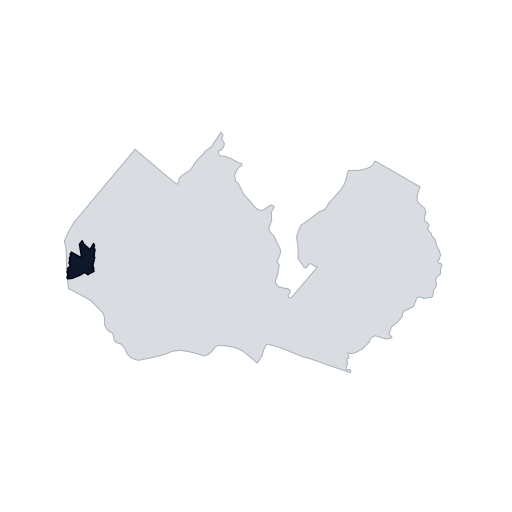 Sioma, Western, Zambia (highlighted), rotated 40°
{"feature_id": "96606910B11966717412590", "entity_name": "Sioma", "entity_type": "district", "adm_level": 2, "iso_a3": "ZMB", "parent_name": "Zambia", "parent_adm1": "Western", "projection": "natural_earth1", "projection_center": [23.042, -16.752], "detail": "fine", "context": "in_parent", "style": "filled", "palette": "ink", "viewbox_px": 512, "rotation_deg": 40, "n_neighbors": 0, "source": "geoboundaries", "source_scale": "gbopen_adm2", "svg_char_len": 7486}
<svg xmlns="http://www.w3.org/2000/svg" viewBox="0 0 512 512"><g transform="rotate(40 256 256)"><path d="M325.8,337.1L307.5,337.2L300.8,338.9L295.4,341.4L288.8,345.5L285.0,348.2L284.0,349.8L283.4,353.2L283.4,358.5L282.7,362.3L280.7,365.8L270.8,370.0L264.3,373.4L257.9,377.5L253.1,382.8L249.8,389.3L244.3,397.3L232.8,411.7L226.2,414.4L220.7,413.8L214.0,410.8L208.7,410.2L204.8,412.1L201.2,411.5L197.9,408.5L195.1,407.4L192.8,408.2L189.9,408.1L184.7,406.4L180.1,401.3L177.7,399.2L175.8,398.3L170.3,397.5L157.8,396.3L144.8,398.9L133.3,401.5L121.7,390.0L110.5,377.9L108.1,374.9L103.9,370.8L100.9,368.9L99.7,367.9L96.6,357.1L95.0,347.2L94.8,252.1L146.1,252.1L149.4,251.7L149.6,250.7L147.2,245.6L147.3,243.8L148.0,240.4L150.2,233.5L150.4,231.2L149.4,223.7L149.4,219.5L150.1,211.1L149.7,208.2L150.9,204.4L151.3,201.9L151.8,200.8L151.2,197.9L150.2,187.9L149.6,183.7L152.7,184.3L153.7,186.4L154.3,188.6L155.7,188.7L159.3,190.1L160.6,192.0L161.4,196.0L160.9,198.0L159.7,199.7L160.9,201.2L163.4,202.2L164.8,201.9L168.9,199.1L172.7,198.1L174.7,197.4L183.2,195.6L184.9,194.6L186.1,194.6L186.9,195.4L186.1,198.2L185.9,200.8L186.9,205.6L187.7,207.8L189.5,209.4L190.7,210.3L192.2,212.0L195.1,211.7L201.6,214.1L203.6,215.3L206.3,216.4L208.3,216.8L215.0,217.7L222.0,219.0L225.7,219.2L228.3,218.8L230.1,218.1L231.3,217.3L231.8,216.7L234.5,207.6L235.8,206.9L237.6,206.4L238.6,207.2L239.7,213.0L244.8,218.1L246.6,222.5L247.8,226.2L248.9,227.2L250.9,228.5L254.0,229.0L256.7,229.1L270.5,235.4L272.0,236.6L273.7,240.0L274.7,243.8L275.7,246.8L277.5,247.4L279.1,247.6L280.7,249.7L281.8,251.5L285.9,259.0L286.4,262.0L288.4,264.0L291.1,264.8L293.5,264.9L295.0,264.0L298.5,262.5L301.3,260.7L303.3,260.1L304.5,260.5L305.4,261.7L305.9,265.4L307.9,266.7L309.3,266.2L309.9,264.7L309.9,264.0L310.1,224.9L308.9,225.2L307.3,226.3L303.7,226.4L302.2,227.3L301.8,228.5L302.0,230.1L302.1,232.3L301.6,233.4L300.0,233.8L297.7,232.9L293.5,231.8L290.0,231.1L287.5,228.2L284.1,223.8L281.9,221.6L276.6,217.0L275.7,216.0L274.0,213.9L272.7,210.2L271.3,206.0L270.6,203.3L272.0,199.2L275.2,185.6L275.9,181.4L278.5,177.1L278.7,173.3L277.7,168.4L278.0,165.7L278.4,150.2L277.7,145.3L276.0,139.9L272.1,132.3L272.2,130.7L278.1,125.8L279.9,124.0L283.1,120.0L285.2,116.6L286.5,113.9L287.0,110.3L286.0,107.0L288.1,106.3L337.3,97.6L338.0,99.9L339.5,103.8L341.1,106.6L343.2,109.1L345.0,110.6L346.2,111.0L353.8,110.9L356.5,112.4L358.9,114.3L359.4,117.3L361.0,119.1L362.7,120.6L363.4,120.8L364.6,120.4L366.7,120.4L368.5,121.0L369.4,121.7L369.5,124.1L370.1,125.2L372.6,125.7L375.2,125.9L377.7,127.5L380.5,127.8L383.6,128.5L385.1,130.3L388.4,132.2L392.5,133.9L397.0,136.6L397.1,137.5L397.8,139.1L398.6,140.2L398.7,141.9L399.0,143.5L400.2,143.9L401.2,144.0L402.0,142.9L403.3,142.9L404.6,143.6L405.0,145.5L406.0,147.9L407.7,149.6L408.8,151.2L408.4,154.2L407.7,156.9L409.9,159.5L412.8,162.1L413.6,163.2L413.8,166.9L414.2,168.2L416.2,171.3L417.2,173.4L417.1,174.6L411.7,180.8L408.4,181.8L406.9,183.0L406.0,184.4L408.1,190.5L409.2,192.9L408.2,195.8L406.1,200.8L405.1,201.2L404.9,205.0L405.5,206.3L406.6,207.4L407.0,210.0L406.8,216.3L405.4,223.5L407.8,229.8L408.6,230.5L411.9,230.6L412.5,231.1L411.7,232.9L409.3,235.7L405.0,237.8L398.9,240.2L397.6,242.5L396.7,245.8L397.4,247.7L398.2,248.9L397.9,251.7L397.3,254.8L397.5,257.2L397.2,259.3L396.4,260.4L395.3,263.6L393.9,266.8L392.9,268.3L391.3,269.8L388.9,271.1L388.9,271.7L391.7,273.2L392.4,274.2L392.6,274.9L391.5,276.6L392.7,277.6L394.2,278.4L395.7,280.5L397.3,284.6L397.6,285.0L398.1,285.0L399.0,284.6L400.7,282.9L401.9,282.4L403.4,284.7L377.7,294.7L371.7,296.7L362.7,300.2L359.8,301.5L357.5,302.8L333.6,310.6L329.9,312.1L321.5,316.1L321.2,316.8L321.3,318.6L322.0,322.3L323.4,325.7L324.6,327.7L325.4,332.7L325.8,337.1Z" fill="#d9dde1" stroke="#a8b0b8" stroke-width="1"/><path d="M123.8,351.2L123.8,351.3L123.6,351.8L123.9,352.6L124.0,353.3L124.0,353.6L124.3,354.6L124.4,356.1L124.7,357.4L124.6,357.5L124.3,357.9L124.1,358.0L123.7,357.9L123.0,357.9L122.6,357.9L122.1,357.7L121.7,357.7L121.2,357.9L120.8,357.8L120.4,357.6L120.2,357.7L119.9,357.7L119.2,357.9L118.3,357.6L117.9,357.5L117.4,357.5L116.9,357.6L116.1,357.5L115.7,357.4L115.6,357.2L115.2,357.0L114.8,357.0L114.7,356.8L114.3,356.6L114.0,356.5L113.9,356.6L113.6,356.5L113.1,356.2L113.0,356.4L113.1,356.5L113.2,360.5L123.7,369.5L122.2,369.8L112.4,371.7L112.2,371.7L112.6,374.1L112.9,374.0L113.0,374.1L113.4,374.2L113.6,374.5L113.7,374.8L113.8,374.8L114.0,375.0L113.9,375.2L114.0,375.3L114.0,375.5L114.1,375.8L114.2,376.0L114.3,376.4L114.2,376.5L114.3,376.7L114.5,376.7L114.5,376.8L114.5,377.0L114.4,377.2L114.5,377.3L114.6,377.6L114.6,377.9L114.8,378.1L115.2,378.1L115.3,378.2L115.5,378.0L115.8,378.3L115.8,378.5L116.0,378.5L116.2,378.9L116.0,379.0L116.2,379.3L116.3,379.4L116.5,379.7L116.6,379.8L116.7,380.0L116.8,380.1L116.8,380.3L117.0,380.6L117.1,380.8L117.1,381.0L117.3,381.0L117.2,381.3L117.3,381.3L117.3,381.5L117.5,381.6L117.8,381.8L118.0,381.9L118.3,381.9L118.4,382.0L118.5,382.0L118.8,382.2L119.0,382.3L119.3,382.2L119.4,382.4L119.5,382.4L119.6,382.5L119.8,382.5L119.8,382.8L120.0,382.9L120.1,383.1L120.0,383.3L120.3,383.5L120.2,383.6L120.2,383.8L120.1,384.0L120.0,384.4L120.1,384.6L120.1,384.8L119.9,385.1L119.9,385.3L120.0,385.3L120.1,385.5L120.0,385.8L119.9,385.8L119.8,386.0L119.7,386.2L120.0,386.2L120.2,386.3L120.3,386.4L120.4,386.5L120.3,386.8L120.5,386.7L120.6,386.8L120.7,387.0L120.8,387.1L120.8,387.4L120.9,387.6L121.0,387.7L121.0,387.8L121.0,388.1L121.3,388.1L121.4,388.3L121.4,388.5L121.5,388.4L121.6,388.5L121.8,388.5L122.0,388.7L122.0,388.9L122.1,389.0L122.1,389.3L122.2,389.2L122.3,389.3L122.6,389.5L122.8,389.6L122.8,389.8L122.8,390.3L123.0,390.6L123.4,390.7L123.5,391.0L123.8,391.4L124.1,391.5L124.3,392.1L124.5,391.8L124.8,393.2L125.2,394.2L125.4,394.3L126.3,394.5L128.3,392.6L128.6,392.3L129.0,391.9L129.5,391.3L130.4,389.7L130.8,389.0L131.4,387.9L132.0,386.7L132.3,386.2L132.9,385.1L133.1,384.7L133.4,383.9L133.8,383.1L134.4,381.6L134.7,379.8L135.1,379.5L135.2,379.2L135.6,378.9L135.9,378.9L136.1,378.7L136.3,378.7L136.6,378.5L138.6,378.4L139.1,378.5L139.4,378.3L139.5,378.1L139.5,376.9L141.8,372.0L141.6,371.8L141.4,371.8L141.1,371.6L140.7,371.5L140.5,371.3L140.5,371.1L140.4,370.7L140.1,370.2L139.3,370.4L139.2,370.2L138.9,370.3L138.7,370.1L138.7,369.9L138.6,369.7L138.9,369.7L139.0,369.6L139.0,369.4L138.8,369.4L138.3,369.2L138.1,369.0L138.0,368.7L137.6,368.2L137.2,368.0L136.6,367.4L136.4,366.9L136.3,366.4L136.1,366.1L136.0,365.9L135.8,365.8L135.5,365.4L135.5,365.1L135.4,364.7L135.2,364.6L135.2,364.4L135.1,364.0L135.0,363.8L135.0,363.7L134.4,363.5L134.2,363.3L134.2,363.0L134.2,362.8L134.2,362.7L134.0,362.1L133.9,361.9L133.8,361.5L133.7,361.4L133.5,361.2L133.5,360.9L133.4,360.8L133.1,360.9L132.5,360.4L132.2,360.2L132.0,359.9L131.8,359.6L131.7,359.5L131.4,359.6L131.1,359.5L131.0,359.2L131.0,358.9L130.9,358.7L130.9,358.3L130.9,358.2L130.7,358.1L130.3,358.0L129.8,357.2L129.7,356.9L129.7,356.6L129.4,356.4L129.4,356.1L129.4,355.8L129.4,355.6L129.3,355.4L129.2,355.4L129.1,355.5L128.9,355.2L128.7,355.2L128.5,354.9L128.4,354.8L128.3,354.7L128.1,354.6L128.0,354.4L127.7,354.4L127.4,354.4L127.2,354.4L127.1,354.5L126.9,354.3L126.7,354.3L126.6,354.2L126.6,353.9L126.5,353.7L126.5,353.8L126.4,353.7L126.5,353.7L126.4,353.6L126.3,353.4L126.2,353.2L125.9,353.0L125.9,352.9L125.8,352.7L125.8,352.4L125.8,352.2L125.7,352.2L125.5,351.9L125.3,351.9L125.1,351.9L125.0,351.6L124.9,351.5L124.8,351.4L124.7,351.2L124.5,351.3L124.2,351.2L124.0,351.3L123.8,351.2Z" fill="#0f172a" stroke="#020617" stroke-width="1.5"/></g></svg>